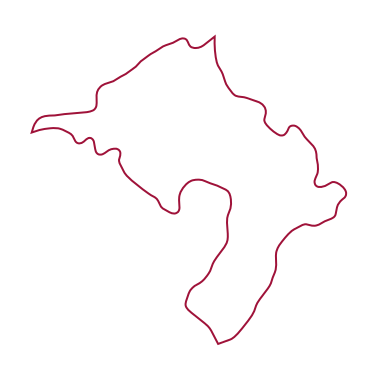 Castañuela, Monte Cristi, Dominican Republic (Albers equal-area conic projection), rotated 174°
{"feature_id": "3306468B38935954737927", "entity_name": "Castañuela", "entity_type": "district", "adm_level": 2, "iso_a3": "DOM", "parent_name": "Dominican Republic", "parent_adm1": "Monte Cristi", "projection": "albers", "projection_center": [-71.49, 19.73], "detail": "fine", "context": "isolated", "style": "outline", "palette": "rose", "viewbox_px": 384, "rotation_deg": 174, "n_neighbors": 0, "source": "geoboundaries", "source_scale": "gbopen_adm2", "svg_char_len": 3734}
<svg xmlns="http://www.w3.org/2000/svg" viewBox="0 0 384 384"><g transform="rotate(174 192 192)"><path d="M181.9,38.2L169.3,41.3L167.9,41.8L165.1,43.4L161.3,46.4L156.5,51.0L149.6,58.1L145.3,63.0L142.6,67.0L140.1,72.4L138.5,75.0L135.5,78.6L126.8,87.9L124.8,90.3L123.1,92.9L120.7,98.4L118.0,103.4L116.9,106.0L115.9,110.6L115.2,119.9L114.6,123.0L114.1,124.4L112.7,127.2L110.9,129.8L107.7,133.3L104.3,136.7L100.7,140.0L97.0,142.8L94.3,144.2L85.5,147.7L83.0,148.1L81.9,148.0L76.2,146.0L73.4,145.6L71.9,145.7L69.2,146.3L63.0,149.0L56.2,150.9L53.8,152.0L52.8,152.8L51.9,153.9L51.4,155.1L49.4,161.6L48.2,164.1L45.6,167.1L43.7,168.6L40.7,170.6L39.9,171.6L39.2,172.8L38.9,174.1L38.8,175.5L39.1,176.9L39.6,178.3L41.2,180.9L44.3,184.1L46.8,185.9L48.1,186.5L49.4,187.0L50.9,187.2L52.1,187.0L59.0,184.1L63.0,183.5L65.6,183.8L66.8,184.3L67.9,185.2L68.7,186.4L69.0,187.7L69.1,189.0L68.9,190.3L67.9,192.6L65.4,197.1L64.9,198.5L64.3,201.5L64.0,206.0L64.5,212.8L64.3,216.5L64.5,219.3L65.2,222.2L66.6,225.0L72.4,232.6L74.2,235.2L77.4,241.9L79.0,244.2L80.9,246.0L82.1,246.8L83.3,247.3L84.6,247.5L85.9,247.5L87.2,247.2L88.2,246.6L89.0,245.7L90.6,242.9L92.0,241.1L93.7,239.6L94.8,239.0L96.1,238.8L97.5,238.9L98.8,239.2L101.2,240.7L104.6,243.6L107.8,247.0L110.6,250.6L112.0,253.1L112.4,254.4L112.6,255.7L112.4,256.9L110.4,262.4L110.1,265.2L110.6,268.0L111.2,269.3L112.8,271.7L114.9,273.5L116.0,274.3L127.7,279.8L130.3,280.8L135.9,282.1L138.4,283.1L139.5,283.9L141.3,285.9L144.8,291.7L146.7,295.5L147.5,298.4L149.1,305.9L150.0,308.6L153.0,315.1L153.8,318.4L154.3,323.5L154.4,330.5L154.0,337.4L153.2,344.2L165.1,336.7L167.7,335.5L170.6,334.8L173.4,334.8L174.8,335.0L177.3,336.0L178.3,336.8L179.5,338.7L180.5,341.8L181.4,343.8L182.2,344.6L183.2,345.3L184.4,345.6L185.6,345.8L188.1,345.4L195.3,342.4L202.6,340.7L205.6,339.8L213.2,335.9L218.7,333.5L221.2,332.1L229.3,327.3L234.8,322.5L245.5,316.3L251.0,314.1L258.7,310.4L267.4,308.5L270.2,307.4L271.4,306.7L272.5,305.8L274.5,303.8L275.9,301.4L276.8,298.3L277.5,290.5L278.1,287.6L278.7,286.3L279.6,285.1L280.7,284.1L282.1,283.4L285.0,282.7L288.2,282.4L310.8,282.8L320.4,282.5L326.0,282.9L330.5,282.8L333.6,282.2L336.4,281.0L338.7,279.3L341.5,275.9L343.0,273.1L345.2,267.9L337.2,269.6L332.0,270.1L326.8,270.2L323.3,270.1L318.3,269.3L316.7,268.7L314.1,267.5L308.3,263.8L306.3,262.2L304.8,260.2L302.7,254.7L302.1,253.8L301.3,253.0L300.2,252.4L299.1,252.1L296.7,252.3L294.4,253.4L291.5,255.5L289.3,256.5L288.0,256.5L286.9,256.2L286.0,255.5L285.2,254.6L284.6,253.4L284.3,252.1L283.8,244.9L283.4,242.2L282.8,240.9L281.9,239.8L280.8,239.1L279.6,238.8L278.3,238.7L277.0,238.9L274.8,239.8L270.5,242.2L267.9,243.0L265.2,243.2L263.9,243.1L262.6,242.9L261.4,242.3L260.4,241.5L259.6,240.3L259.2,239.1L259.2,237.9L259.6,235.7L261.2,231.7L261.3,230.5L261.0,228.2L257.6,219.3L257.0,217.9L255.2,215.0L250.7,209.7L240.7,199.8L235.6,195.2L233.1,193.1L229.6,190.7L227.8,188.9L226.6,186.7L224.4,180.7L222.8,178.7L216.5,174.2L214.3,173.0L211.8,172.4L210.4,172.5L209.1,173.0L207.9,173.7L207.0,174.9L206.4,176.2L206.1,177.6L205.7,185.3L205.2,188.5L204.7,190.2L203.4,193.1L200.5,197.0L197.0,200.3L194.3,202.1L191.4,203.3L189.9,203.6L186.7,203.8L183.6,203.5L180.6,202.8L178.0,201.5L173.0,198.8L166.3,195.7L158.2,190.8L156.2,189.0L154.9,186.5L154.3,183.6L154.1,180.6L154.4,176.0L155.5,171.6L158.7,165.2L159.7,162.4L160.4,157.8L160.8,146.7L161.1,143.5L161.7,140.5L162.9,137.6L165.6,133.8L174.2,124.5L177.2,120.9L178.9,118.3L182.2,111.6L183.9,109.3L185.8,107.1L188.9,104.0L191.2,102.2L193.7,100.7L199.2,98.3L201.5,96.7L203.6,94.8L204.5,93.7L205.9,91.4L209.4,83.8L210.1,81.4L210.2,80.1L210.0,78.7L209.5,77.5L208.1,75.2L205.2,72.0L193.3,60.3L190.2,56.9L188.6,54.5L187.4,52.1L181.9,38.2Z" fill="none" stroke="#9f1239" stroke-width="2"/></g></svg>